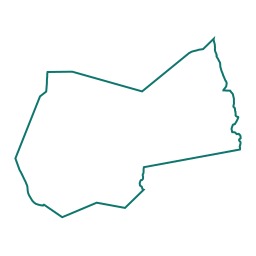 outline of Naranjito, Santa Bárbara, Honduras
{"feature_id": "27666195B85306984826486", "entity_name": "Naranjito", "entity_type": "district", "adm_level": 2, "iso_a3": "HND", "parent_name": "Honduras", "parent_adm1": "Santa Bárbara", "projection": "mercator", "projection_center": [-88.571, 14.974], "detail": "fine", "context": "isolated", "style": "outline", "palette": "teal", "viewbox_px": 256, "rotation_deg": 0, "n_neighbors": 0, "source": "geoboundaries", "source_scale": "gbopen_adm2", "svg_char_len": 5077}
<svg xmlns="http://www.w3.org/2000/svg" viewBox="0 0 256 256"><path d="M96.7,202.7L125.0,207.9L143.7,189.7L143.3,189.5L142.9,189.3L142.6,189.1L142.4,188.9L142.3,188.7L142.2,188.2L142.1,187.9L141.8,186.9L141.7,186.8L141.6,186.6L141.3,186.4L140.9,186.1L140.6,185.9L140.2,185.7L140.0,185.3L139.9,185.2L139.9,184.4L139.8,183.9L139.7,183.1L140.2,181.6L140.3,181.3L140.5,180.7L141.0,180.1L141.7,180.0L142.2,179.8L142.7,179.3L143.0,178.4L143.1,177.0L142.9,176.0L142.7,175.2L142.8,174.3L143.2,173.7L143.4,173.3L143.5,172.4L143.6,171.3L143.6,169.4L143.6,168.9L143.7,168.4L143.9,167.2L144.0,167.1L144.3,167.1L239.9,149.5L240.0,149.0L240.1,148.3L240.1,148.1L240.0,147.8L240.0,147.6L239.9,147.3L239.7,146.8L239.7,146.7L239.7,146.4L239.8,146.1L239.9,145.9L240.0,145.7L240.1,145.3L240.2,145.1L240.2,144.8L240.2,144.5L240.3,144.4L240.4,144.2L240.5,143.9L240.5,143.7L240.5,143.3L240.5,142.9L240.5,142.4L240.4,142.2L240.4,141.9L240.3,141.7L240.2,141.6L240.0,141.4L239.8,141.3L239.5,141.0L239.3,140.8L239.2,140.6L239.1,140.4L239.1,140.2L239.1,139.9L239.2,139.6L239.3,139.4L239.4,139.2L239.6,139.0L239.7,138.9L239.8,138.9L240.1,138.8L240.3,138.7L240.5,138.5L240.5,138.3L240.6,138.2L240.6,137.9L240.6,137.7L240.6,137.4L240.6,137.0L240.5,136.4L240.4,136.0L240.3,135.5L240.2,135.3L239.6,134.8L239.5,134.7L239.4,134.7L239.3,134.4L239.2,134.4L239.1,134.2L238.9,134.1L238.7,134.0L238.6,133.9L238.4,133.9L238.1,133.9L237.7,134.0L237.1,134.1L236.7,134.1L236.5,133.9L236.2,133.6L235.6,133.0L235.2,132.6L234.9,132.4L234.7,132.4L234.4,132.3L234.1,132.2L233.7,132.2L233.0,132.2L232.6,132.2L232.4,132.1L232.2,132.1L232.1,131.9L232.0,131.7L232.1,131.4L232.1,131.2L232.1,130.9L231.9,130.5L231.7,130.0L231.6,129.6L231.6,129.4L231.6,129.1L231.6,128.7L231.6,128.3L231.7,128.0L231.9,127.5L232.7,125.2L232.8,125.1L232.9,124.9L233.0,124.7L233.3,124.6L233.6,124.4L233.9,124.3L234.0,124.3L234.2,124.2L234.3,124.3L234.5,124.3L234.7,124.2L234.8,124.1L235.0,123.9L235.2,123.6L235.6,122.9L235.8,122.5L236.0,122.2L236.4,121.6L236.5,121.4L236.7,121.1L236.8,120.8L237.6,119.2L238.0,118.1L238.2,117.5L238.3,117.2L238.2,117.0L237.9,116.9L237.1,116.7L236.8,116.6L236.6,116.4L236.3,116.2L236.1,116.1L235.9,115.9L235.8,115.7L235.7,115.6L235.6,115.3L235.6,115.1L235.6,114.7L235.6,114.3L235.6,114.0L235.6,113.2L235.5,112.6L235.4,112.1L235.4,111.5L235.3,111.4L235.2,111.2L235.1,110.7L235.0,110.4L235.0,110.0L235.0,109.4L235.0,109.1L235.0,108.9L234.9,108.6L234.8,108.4L234.8,108.2L234.7,108.0L234.6,107.9L234.5,107.7L234.4,107.7L234.1,107.5L234.0,107.4L233.9,107.3L233.7,107.1L233.6,106.9L233.5,106.7L233.4,106.5L233.4,106.4L233.4,106.2L233.5,105.7L233.6,105.1L233.9,103.9L233.9,103.6L234.0,103.2L234.0,102.9L234.0,102.5L233.9,102.2L233.9,101.9L233.9,101.6L233.9,100.3L233.9,99.0L233.9,98.7L232.9,94.4L232.8,94.1L232.6,93.9L232.5,93.6L232.3,93.4L232.2,93.3L231.9,92.9L231.6,92.7L231.4,92.5L231.2,92.2L230.9,91.8L230.7,91.5L230.5,91.2L230.2,90.7L227.9,90.6L226.3,90.6L224.6,90.4L223.4,90.4L223.4,90.2L223.5,89.9L224.3,88.9L225.5,87.4L225.7,87.1L225.9,86.9L226.1,86.5L226.2,86.3L226.2,86.2L226.3,86.0L226.3,85.8L226.5,84.4L226.7,83.3L226.7,83.2L226.3,82.0L226.1,81.3L226.0,81.2L225.9,81.1L225.7,81.0L225.6,80.8L225.5,80.7L225.3,80.2L225.1,79.8L224.5,78.4L224.0,77.2L223.9,76.9L223.5,76.1L223.3,75.7L223.1,75.3L223.0,75.0L223.0,74.7L222.9,74.4L222.4,73.0L221.7,71.4L221.6,71.1L221.5,70.7L221.2,69.8L220.7,68.0L220.5,67.4L220.4,67.1L220.4,66.6L220.3,66.4L220.3,65.6L220.2,64.9L220.2,64.0L220.1,63.6L220.1,63.3L220.1,63.1L220.0,62.8L219.9,62.6L219.7,62.1L219.1,61.1L218.5,59.9L218.0,58.9L217.7,58.3L217.3,57.8L217.2,57.7L216.8,56.9L216.7,56.7L216.5,56.2L216.5,55.9L216.7,55.7L216.7,55.4L216.6,55.0L216.5,54.4L216.3,54.0L216.2,53.7L216.0,53.1L215.6,52.4L215.4,51.8L215.2,51.1L215.1,50.8L215.0,50.6L215.0,50.3L215.0,50.1L215.0,49.8L214.9,49.3L214.9,48.9L214.9,48.6L215.0,48.1L215.0,47.8L215.0,47.5L214.9,46.8L214.9,46.5L214.9,45.8L214.8,45.0L214.8,44.6L214.7,44.2L214.5,43.5L214.4,42.9L214.3,42.7L214.2,42.4L214.1,42.2L214.0,41.4L213.8,40.7L213.7,40.4L213.7,40.0L213.6,39.7L213.6,39.3L213.7,38.8L203.1,49.1L200.5,49.5L199.6,49.6L198.6,49.8L198.0,50.0L197.4,50.2L196.3,50.5L195.8,50.6L195.0,50.8L193.8,51.1L192.6,51.4L191.7,51.7L190.7,52.2L190.3,52.5L189.3,52.9L187.6,54.3L142.1,91.4L72.3,71.7L47.6,72.0L47.3,73.2L47.3,73.7L47.2,74.1L47.3,75.1L47.2,76.0L47.2,76.7L47.1,77.6L47.0,79.0L46.9,79.7L46.9,80.5L46.9,81.2L46.9,82.5L46.9,83.4L46.8,83.9L46.8,84.8L46.6,86.3L46.6,87.0L46.2,91.6L40.0,96.4L15.4,158.4L19.5,169.8L20.9,172.3L22.2,174.9L23.1,176.8L24.0,178.7L25.7,182.1L25.9,182.7L26.3,183.7L27.0,185.3L27.2,186.1L27.3,186.3L27.4,186.9L27.6,189.6L27.8,191.3L27.9,191.7L28.0,192.2L28.1,192.8L28.2,193.3L28.4,193.7L28.5,194.0L28.7,194.4L29.1,195.3L29.6,196.2L30.8,198.2L31.4,199.2L31.7,199.7L32.1,200.4L32.4,200.8L32.8,201.2L33.3,201.8L33.8,202.2L34.0,202.5L34.4,202.8L34.7,203.0L35.0,203.2L35.5,203.6L36.0,203.9L36.4,204.0L37.0,204.2L38.1,204.6L39.0,204.8L40.5,205.2L41.3,205.3L42.1,205.5L42.8,205.5L43.1,205.5L43.2,205.4L43.3,205.2L43.4,204.9L43.5,204.8L44.0,204.7L62.2,217.2L96.7,202.7Z" fill="none" stroke="#0f766e" stroke-width="2"/></svg>